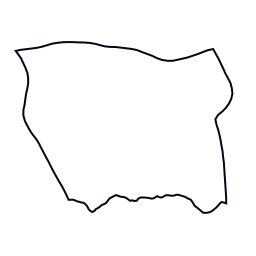 the district of As Sa'id, Shabwah, Yemen, rotated 356°
{"feature_id": "15242507B10835252837826", "entity_name": "As Sa'id", "entity_type": "district", "adm_level": 2, "iso_a3": "YEM", "parent_name": "Yemen", "parent_adm1": "Shabwah", "projection": "mercator", "projection_center": [46.874, 14.278], "detail": "fine", "context": "isolated", "style": "outline", "palette": "ink", "viewbox_px": 256, "rotation_deg": 356, "n_neighbors": 0, "source": "geoboundaries", "source_scale": "gbopen_adm2", "svg_char_len": 2259}
<svg xmlns="http://www.w3.org/2000/svg" viewBox="0 0 256 256"><g transform="rotate(356 128 128)"><path d="M220.7,210.0L221.0,205.4L221.1,201.9L221.2,168.2L220.8,162.8L220.7,157.7L220.0,151.9L219.5,146.6L218.8,141.4L217.8,135.9L216.5,130.8L215.8,125.3L218.8,121.2L223.0,118.3L226.9,114.9L230.4,110.7L233.1,106.0L234.6,100.8L234.3,95.4L233.4,90.4L231.4,85.7L229.1,80.8L227.2,75.6L225.2,70.4L223.3,65.6L221.1,60.9L218.9,56.2L218.4,55.2L217.4,55.3L212.5,56.1L207.5,57.6L202.4,59.2L197.4,60.5L192.4,61.8L187.4,62.6L182.1,63.4L177.0,64.1L172.0,63.7L166.8,62.5L162.1,60.5L157.2,57.7L152.4,55.5L147.4,53.3L142.5,50.9L137.5,49.5L132.1,48.4L126.8,47.4L121.6,46.4L116.2,45.9L110.8,45.0L105.9,43.4L101.0,41.7L95.8,40.5L90.6,39.7L85.2,39.2L80.0,38.6L74.6,38.1L69.0,37.9L63.2,38.1L57.6,38.7L52.5,39.9L47.2,41.0L42.2,41.7L36.7,42.0L31.7,42.3L26.6,42.5L21.4,43.3L23.3,46.3L26.1,50.9L27.9,55.7L29.9,60.8L31.4,65.8L31.9,71.0L31.5,76.8L30.2,82.0L28.6,87.4L27.5,92.4L26.4,97.8L24.9,102.9L24.5,108.1L25.6,113.6L27.7,118.7L30.0,123.7L32.6,128.2L35.6,132.5L38.1,137.3L39.7,141.1L40.1,142.0L42.3,147.0L44.3,151.7L46.6,156.6L48.6,161.5L50.8,166.6L53.0,171.3L55.2,175.9L57.5,180.4L59.7,185.1L61.6,189.8L63.5,194.8L63.7,195.4L65.5,195.6L67.7,195.6L69.8,196.3L71.8,197.5L73.8,198.1L75.8,198.9L78.1,199.4L79.9,200.7L81.4,202.5L82.4,204.6L83.2,206.5L84.8,208.2L86.6,209.3L88.8,208.3L90.3,206.7L92.3,205.8L94.6,204.4L96.6,202.9L98.7,202.3L100.7,201.4L102.3,199.8L103.6,198.1L105.3,196.6L107.4,195.8L109.5,194.8L111.6,194.1L113.5,195.0L115.6,195.9L117.7,196.4L119.9,196.9L121.8,198.0L123.4,199.4L125.2,200.7L127.3,200.5L129.5,201.3L131.7,201.1L133.1,199.4L135.1,198.3L137.2,198.3L139.6,198.5L141.7,198.8L143.9,199.3L146.1,200.0L148.4,200.0L150.4,199.1L152.3,198.0L154.4,199.2L156.6,199.7L158.6,198.9L160.6,197.9L162.9,197.8L165.0,198.2L167.1,198.7L169.3,198.6L171.4,198.0L173.7,198.2L175.9,199.0L177.9,199.8L179.9,200.5L181.8,201.8L183.6,202.9L185.7,204.0L186.9,206.0L188.0,208.0L188.9,210.1L190.5,211.5L192.2,213.0L194.0,214.8L195.5,216.3L197.1,217.7L199.3,218.1L201.5,218.0L203.6,217.6L205.9,216.8L207.8,215.5L209.6,214.2L211.3,212.8L212.9,211.3L213.2,211.0L214.4,209.6L215.4,208.9L216.2,208.4L218.3,209.0L220.3,209.8L220.7,210.0Z" fill="none" stroke="#020617" stroke-width="2"/></g></svg>